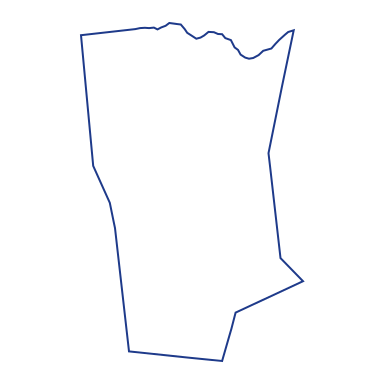 Taipu, Rio Grande do Norte, Brazil (Robinson projection)
{"feature_id": "56859067B84836905302883", "entity_name": "Taipu", "entity_type": "district", "adm_level": 2, "iso_a3": "BRA", "parent_name": "Brazil", "parent_adm1": "Rio Grande do Norte", "projection": "robinson", "projection_center": [-35.567, -5.604], "detail": "fine", "context": "isolated", "style": "outline", "palette": "blue", "viewbox_px": 384, "rotation_deg": 0, "n_neighbors": 0, "source": "geoboundaries", "source_scale": "gbopen_adm2", "svg_char_len": 733}
<svg xmlns="http://www.w3.org/2000/svg" viewBox="0 0 384 384"><path d="M293.7,30.3L288.2,32.0L285.2,34.5L279.2,39.9L275.3,44.0L271.4,48.5L263.2,50.8L258.6,55.1L253.2,58.0L249.0,58.7L245.2,57.6L240.6,54.6L238.0,49.9L234.6,47.4L230.9,40.1L225.3,38.1L222.1,34.2L218.0,34.0L213.9,32.2L208.5,31.9L204.1,35.5L200.5,37.6L196.3,38.7L191.1,35.3L187.2,32.8L184.7,29.1L180.8,24.5L176.7,24.0L169.3,23.0L165.6,25.8L161.3,27.4L157.5,29.4L153.9,27.6L149.1,28.1L144.9,27.8L140.0,28.1L135.3,29.1L81.0,35.2L93.2,165.9L109.8,202.8L113.8,222.4L115.0,228.1L129.0,351.4L187.1,357.5L222.1,361.0L229.5,335.3L231.4,328.8L235.6,312.6L303.0,281.2L280.5,258.1L270.0,165.9L268.5,153.2L282.0,86.4L293.7,30.3Z" fill="none" stroke="#1e3a8a" stroke-width="2"/></svg>